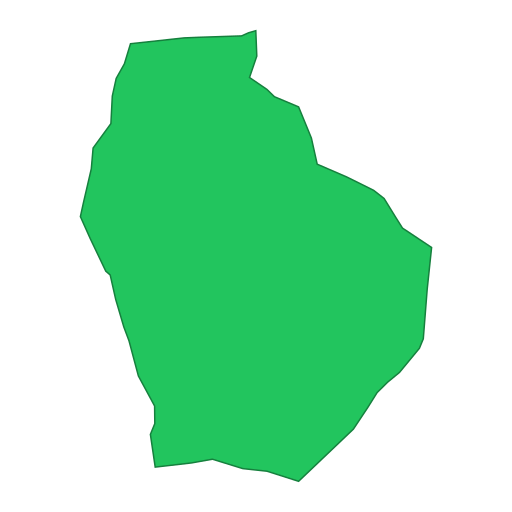 the district of Mandax, Dornogovi, Mongolia
{"feature_id": "93677404B77969966506985", "entity_name": "Mandax", "entity_type": "district", "adm_level": 2, "iso_a3": "MNG", "parent_name": "Mongolia", "parent_adm1": "Dornogovi", "projection": "albers", "projection_center": [108.365, 44.195], "detail": "fine", "context": "isolated", "style": "filled", "palette": "green", "viewbox_px": 512, "rotation_deg": 0, "n_neighbors": 0, "source": "geoboundaries", "source_scale": "gbopen_adm2", "svg_char_len": 738}
<svg xmlns="http://www.w3.org/2000/svg" viewBox="0 0 512 512"><path d="M431.6,247.5L402.5,228.1L395.7,217.3L384.1,198.5L373.6,190.3L346.8,177.0L317.2,164.2L311.4,138.1L298.6,106.9L274.4,96.7L266.9,89.4L249.5,77.5L256.8,56.1L255.8,30.7L248.5,32.8L241.6,35.9L198.7,37.3L184.1,37.9L130.5,43.7L124.4,63.8L116.2,78.4L112.3,96.1L110.9,123.6L93.1,148.0L91.3,168.8L83.5,202.4L80.4,216.6L90.1,238.3L105.8,271.2L110.2,275.0L115.7,299.4L123.8,326.9L129.0,340.8L138.4,376.0L154.6,406.0L154.8,423.6L150.4,434.4L155.2,467.1L191.7,462.9L212.4,459.2L242.8,468.6L266.9,471.2L298.6,481.3L353.4,429.1L367.9,407.3L377.1,392.6L387.6,382.2L399.5,372.4L419.4,348.3L423.3,338.8L427.2,289.3L431.6,247.5Z" fill="#22c55e" stroke="#15803d" stroke-width="1.5"/></svg>